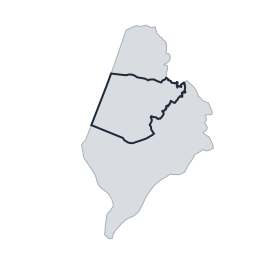 Homs (Hims) highlighted on a map of Syria, rotated 145°
{"feature_id": "SYR-139", "entity_name": "Homs (Hims)", "entity_type": "Province", "adm_level": 1, "iso_a3": "SYR", "parent_name": "Syria", "parent_adm1": "", "projection": "equal_earth", "projection_center": [37.187, 34.261], "detail": "fine", "context": "in_parent", "style": "outline", "palette": "slate", "viewbox_px": 256, "rotation_deg": 145, "n_neighbors": 0, "source": "natural_earth", "source_scale": "10m", "svg_char_len": 6028}
<svg xmlns="http://www.w3.org/2000/svg" viewBox="0 0 256 256"><g transform="rotate(145 128 128)"><path d="M50.9,91.2L52.7,91.4L56.6,94.0L57.3,93.9L58.5,90.6L59.6,89.4L62.0,88.4L62.7,83.0L63.9,82.0L65.2,81.4L67.3,81.3L69.1,81.0L69.2,80.0L66.7,73.7L66.9,72.2L68.2,65.9L69.0,63.4L69.7,62.6L72.6,62.9L76.6,64.0L77.7,65.8L79.6,67.5L82.6,67.3L86.0,67.6L88.6,67.8L90.8,66.6L95.6,64.5L97.9,63.8L100.1,62.9L107.0,59.4L109.8,59.7L111.7,60.2L113.2,60.7L116.4,63.1L119.2,65.4L121.1,66.1L124.5,66.1L129.4,66.6L135.4,66.5L139.0,65.9L143.5,64.7L151.5,61.9L161.9,56.0L168.1,53.1L170.8,52.8L174.3,52.8L177.8,53.5L181.7,54.0L183.5,54.0L187.8,53.4L193.3,52.2L196.8,51.2L201.0,49.7L203.5,47.0L204.4,46.7L205.5,47.2L206.0,47.4L207.1,48.9L208.3,52.8L208.3,53.2L208.1,54.3L205.4,57.5L201.8,61.9L199.2,64.6L194.8,69.2L191.4,70.2L185.7,71.9L184.2,73.5L182.9,76.1L182.1,79.7L181.9,82.0L181.8,86.2L183.2,90.5L184.6,94.7L184.8,97.5L184.7,100.2L183.5,103.1L182.2,107.1L181.5,111.6L181.3,120.1L181.4,127.4L181.3,128.6L179.0,133.7L176.3,139.7L175.1,141.1L169.0,142.9L162.5,147.3L155.1,152.2L148.4,156.6L141.4,161.3L134.1,166.2L128.9,169.7L121.9,174.4L115.6,178.9L109.1,183.4L104.2,186.8L96.7,192.3L92.3,195.5L85.8,200.2L80.1,204.4L73.4,209.3L64.9,207.8L62.3,207.0L60.1,204.6L58.5,203.4L54.5,202.1L51.9,197.7L50.4,196.1L47.7,195.4L48.9,192.6L49.1,190.8L50.3,188.5L49.6,187.0L49.2,183.9L48.7,183.1L48.5,182.3L48.9,181.3L48.8,180.2L48.3,179.8L48.1,178.2L47.8,177.1L48.0,175.6L48.6,174.7L49.2,173.0L49.9,172.4L51.0,171.3L51.3,170.2L52.3,169.0L53.7,168.1L54.0,167.4L53.8,167.0L52.5,166.1L51.7,164.7L52.4,162.5L52.8,161.9L53.6,160.8L55.5,159.3L56.9,159.0L58.1,159.0L60.2,159.1L61.8,159.4L62.2,159.0L62.2,158.5L60.2,157.2L60.1,156.2L60.6,155.1L62.0,153.4L63.7,152.1L64.5,151.9L66.5,149.3L67.7,146.5L65.7,139.6L64.5,138.5L62.6,137.5L61.4,137.4L61.3,136.9L62.9,135.2L64.0,133.6L62.8,132.2L60.6,131.5L59.8,133.0L57.0,133.1L52.7,133.1L50.9,125.8L50.6,122.7L50.7,119.1L52.0,113.7L51.4,111.3L51.4,109.6L51.0,107.3L47.7,102.4L49.6,93.4L50.9,91.2Z" fill="#d9dde1" stroke="#a8b0b8" stroke-width="1"/><path d="M63.0,133.3L62.4,133.1L61.9,132.6L61.3,131.5L60.9,131.2L60.4,131.6L60.3,131.9L60.3,132.5L60.2,132.8L60.0,133.1L59.8,133.2L58.3,133.3L58.1,133.2L57.8,133.0L57.7,132.9L57.6,133.0L57.3,133.2L57.2,133.2L56.1,133.1L56.1,132.8L56.2,132.1L56.2,131.9L57.9,128.6L58.5,127.7L58.8,127.6L59.0,127.4L59.4,126.9L60.0,126.3L60.1,126.1L60.1,125.8L60.1,125.4L60.1,125.2L60.2,124.9L60.2,124.7L60.3,124.6L60.6,124.4L61.1,124.3L61.2,124.6L61.0,125.0L61.3,125.4L61.5,125.7L61.6,125.9L61.8,125.9L62.2,125.4L62.3,125.3L62.6,125.3L62.9,125.7L63.7,125.9L63.8,125.8L63.9,125.7L64.1,125.5L64.2,125.4L64.2,125.1L64.2,124.9L64.4,124.7L64.4,124.3L64.4,124.0L65.0,123.3L65.2,122.9L65.4,122.7L65.5,122.6L65.8,122.5L66.0,122.6L66.2,122.8L66.2,123.0L66.0,123.3L66.1,123.5L66.3,123.5L66.5,123.6L66.5,123.9L66.6,124.0L66.9,124.2L67.0,124.2L67.3,124.2L67.6,124.0L68.1,123.8L69.3,123.9L71.3,122.8L71.5,122.7L71.9,122.7L72.1,122.7L73.0,122.6L73.4,122.3L73.6,122.2L74.0,122.2L74.5,121.8L74.9,121.7L75.1,121.8L75.4,121.9L75.8,122.2L75.9,122.4L76.7,124.1L77.3,125.6L77.8,125.4L78.0,125.3L79.2,124.2L79.3,124.1L79.6,124.0L80.0,124.0L80.1,123.9L80.4,123.5L80.5,123.4L80.8,123.4L81.0,123.5L81.3,123.7L81.5,123.8L81.6,123.6L81.9,123.3L82.5,122.9L82.8,122.8L83.0,122.9L83.1,123.0L83.3,123.4L83.4,123.6L83.5,123.7L83.5,123.8L83.8,123.9L84.1,124.0L84.4,123.8L84.5,123.7L84.7,123.1L84.8,122.9L85.0,122.7L85.1,122.4L85.2,122.2L85.3,122.1L85.6,122.1L86.0,122.2L86.2,121.9L86.3,121.6L86.5,121.5L86.8,121.8L87.0,121.8L87.4,121.8L87.6,121.7L87.8,121.5L88.0,121.5L88.5,121.4L88.8,121.5L89.1,121.4L89.2,121.5L89.3,121.5L89.6,122.0L89.8,122.2L90.0,122.2L90.3,122.1L90.4,121.9L90.3,121.7L90.2,121.3L90.2,121.2L90.2,120.3L90.3,119.9L90.3,119.7L90.5,119.3L90.7,119.2L91.2,118.9L91.9,118.3L92.1,118.2L92.5,118.2L92.9,118.1L94.0,117.7L96.1,117.2L96.3,117.2L96.5,117.3L96.6,117.5L96.9,117.8L97.0,117.9L97.1,118.0L97.3,118.0L97.8,118.0L98.1,118.1L98.2,118.4L98.3,118.5L98.4,118.8L98.5,118.8L98.6,119.0L98.7,119.6L98.8,119.7L98.8,120.1L98.9,120.5L99.0,120.7L99.2,121.0L99.4,121.0L100.8,122.3L100.9,122.5L101.1,122.8L102.1,124.2L102.2,124.3L102.3,124.3L102.6,124.2L103.1,123.7L103.2,123.4L103.2,123.2L103.3,123.2L103.3,122.9L103.3,122.7L103.3,122.4L103.5,122.0L103.6,121.7L103.8,121.5L103.8,121.4L103.9,121.0L103.9,120.9L104.0,120.8L104.6,120.1L105.0,119.8L108.3,118.2L108.5,118.0L108.5,117.9L108.4,116.8L108.4,116.5L108.4,116.3L108.5,116.0L108.6,115.6L108.7,115.4L109.3,114.5L109.5,114.0L109.8,113.3L109.9,112.8L110.0,109.1L109.9,108.6L112.1,108.3L119.3,108.9L133.0,112.9L135.5,115.1L136.3,116.2L137.9,119.8L138.0,120.1L138.0,120.4L137.9,122.3L137.9,122.6L138.0,122.9L138.1,123.1L142.2,129.4L156.4,151.4L122.0,174.4L115.9,178.6L110.6,182.3L100.5,173.3L99.7,172.8L99.1,172.2L98.9,172.1L98.7,172.0L98.2,171.9L97.9,171.8L97.0,171.5L96.6,171.3L96.4,171.1L95.7,170.7L94.0,169.3L92.3,166.7L92.2,166.3L92.1,166.1L91.9,165.6L91.9,165.3L91.6,164.7L91.5,164.4L89.1,161.9L88.8,161.7L88.4,161.4L86.4,159.2L86.0,159.0L85.9,158.8L84.6,156.5L84.5,156.3L84.3,155.9L84.3,155.7L84.1,155.5L83.6,155.3L83.1,155.4L82.9,155.4L82.5,155.3L80.1,153.7L79.9,153.6L79.6,153.4L78.8,152.6L78.7,152.3L78.6,152.2L78.4,152.1L78.4,151.9L78.1,151.3L78.0,151.2L77.8,150.9L77.7,150.5L77.3,149.9L77.1,149.5L77.0,149.3L76.5,148.8L76.2,148.2L75.8,147.8L75.3,147.1L75.2,146.9L74.9,146.4L74.7,146.3L74.4,146.3L73.7,146.5L72.8,147.1L72.5,147.1L70.8,146.8L70.4,146.6L70.2,146.5L69.7,146.5L69.3,146.6L68.7,147.0L68.2,147.2L68.0,146.9L67.4,146.2L67.3,145.7L67.2,145.1L67.3,144.7L67.6,144.3L67.6,143.9L67.5,143.7L67.3,143.6L67.2,143.6L66.7,143.2L66.2,142.4L66.1,142.1L66.0,141.9L66.0,141.6L66.1,141.4L66.3,141.1L66.4,140.5L66.4,140.2L66.2,139.9L65.8,139.6L65.7,139.6L65.1,139.0L64.7,138.8L64.4,138.5L64.1,138.1L64.0,137.5L63.6,137.4L63.0,137.4L62.2,137.4L61.7,137.6L61.2,136.9L61.6,136.4L62.3,136.0L62.8,135.6L62.9,135.1L62.8,134.6L62.9,134.2L63.3,134.0L63.6,134.1L63.9,134.3L64.1,134.2L64.2,133.1L63.6,133.3L63.0,133.3Z" fill="none" stroke="#1e293b" stroke-width="2"/></g></svg>